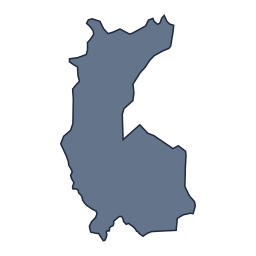 Alindao, Basse-Kotto, Central African Republic (Mercator projection)
{"feature_id": "33826404B62938730808524", "entity_name": "Alindao", "entity_type": "district", "adm_level": 2, "iso_a3": "CAF", "parent_name": "Central African Republic", "parent_adm1": "Basse-Kotto", "projection": "mercator", "projection_center": [21.194, 5.183], "detail": "fine", "context": "isolated", "style": "filled", "palette": "slate", "viewbox_px": 256, "rotation_deg": 0, "n_neighbors": 0, "source": "geoboundaries", "source_scale": "gbopen_adm2", "svg_char_len": 1724}
<svg xmlns="http://www.w3.org/2000/svg" viewBox="0 0 256 256"><path d="M193.1,213.7L194.4,209.3L195.3,205.8L194.4,201.5L189.3,195.8L184.9,186.5L185.3,168.9L186.0,155.3L185.6,151.3L178.3,145.7L173.0,148.6L158.5,138.8L153.9,135.6L147.7,133.2L139.8,124.8L123.1,139.6L122.3,114.6L123.9,108.7L132.9,100.6L133.9,93.0L133.0,84.1L140.2,72.6L144.8,67.7L149.9,60.1L154.3,55.6L162.8,50.9L168.9,48.4L170.7,46.0L173.0,32.0L173.7,25.3L169.6,24.0L166.8,21.2L164.2,15.4L162.0,17.7L159.8,23.2L157.5,24.3L154.0,21.2L152.9,18.4L148.4,20.1L145.6,26.0L132.4,33.2L129.4,34.0L119.9,29.0L112.7,32.3L108.0,33.6L103.5,28.6L100.0,21.4L92.2,18.8L88.3,19.9L86.6,23.4L89.9,26.4L93.1,30.6L93.7,34.2L90.5,39.2L87.5,42.5L87.5,49.9L86.2,54.6L77.5,57.7L69.5,58.8L69.5,61.8L72.8,64.2L77.5,67.0L78.0,75.6L79.4,81.2L75.5,85.5L72.6,89.1L73.3,99.0L72.9,123.5L70.6,130.3L63.6,136.4L60.7,143.8L66.4,156.0L68.2,161.1L68.8,165.2L71.7,170.3L72.2,172.0L70.6,175.4L71.5,178.5L73.9,182.5L72.5,187.0L72.9,188.9L76.5,188.9L78.2,190.4L78.6,192.8L80.4,194.6L81.8,196.2L82.6,200.0L84.9,203.5L87.3,205.8L92.3,209.2L96.0,211.0L97.0,213.7L95.6,217.5L91.6,221.6L89.4,226.2L89.9,229.4L90.9,232.2L95.6,233.2L98.8,233.7L103.1,240.6L104.7,240.5L106.2,237.7L106.9,234.4L106.2,232.2L107.1,230.9L108.6,230.9L109.3,230.9L109.5,229.5L109.5,227.9L110.9,226.6L112.6,225.9L113.4,225.0L113.7,223.4L113.8,221.1L117.0,218.3L119.4,216.5L121.4,216.5L122.8,218.2L123.6,221.6L125.3,223.3L126.3,224.4L128.3,223.3L129.7,224.3L133.0,226.6L134.2,227.7L135.8,229.7L136.5,231.2L137.6,231.5L139.0,233.2L140.4,234.4L143.1,236.2L146.9,233.5L151.6,231.6L159.5,231.1L166.0,230.8L175.1,230.4L176.2,230.3L177.3,218.3L183.3,214.8L190.6,213.2L193.1,213.7Z" fill="#64748b" stroke="#1e293b" stroke-width="1.5"/></svg>